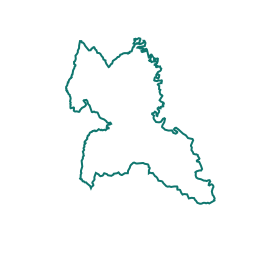 Ntsupe, Qacha's Nek, Lesotho (orthographic projection), rotated 251°
{"feature_id": "5366337B15703644997437", "entity_name": "Ntsupe", "entity_type": "district", "adm_level": 2, "iso_a3": "LSO", "parent_name": "Lesotho", "parent_adm1": "Qacha's Nek", "projection": "orthographic", "projection_center": [28.725, -29.92], "detail": "fine", "context": "isolated", "style": "outline", "palette": "teal", "viewbox_px": 256, "rotation_deg": 251, "n_neighbors": 0, "source": "geoboundaries", "source_scale": "gbopen_adm2", "svg_char_len": 5862}
<svg xmlns="http://www.w3.org/2000/svg" viewBox="0 0 256 256"><g transform="rotate(251 128 128)"><path d="M96.6,185.4L98.9,181.5L102.3,180.3L104.7,178.2L110.4,175.1L112.6,173.5L112.7,172.5L111.9,171.1L110.9,171.3L108.4,173.3L107.6,173.0L107.1,171.3L108.6,169.3L111.4,168.8L112.4,165.4L114.4,162.4L116.0,161.7L117.5,160.6L118.1,160.6L119.3,161.4L121.7,164.2L124.7,166.0L125.4,165.6L125.3,164.1L123.2,161.3L123.2,159.3L124.5,156.5L127.9,155.4L129.3,155.4L131.2,156.6L133.2,155.3L133.9,155.6L133.9,157.6L134.7,158.7L134.3,159.3L133.0,159.7L130.3,159.0L129.8,159.6L131.7,160.8L133.0,162.6L134.4,163.1L136.0,162.2L137.0,162.4L137.5,163.8L136.5,164.4L136.0,165.2L137.3,165.9L136.9,169.2L137.7,168.0L139.3,168.8L139.3,169.8L140.4,169.8L142.3,167.7L144.0,166.9L147.2,171.0L148.0,170.8L149.1,169.6L151.9,169.6L153.5,171.0L153.9,170.7L154.0,170.2L154.7,170.0L157.5,171.2L159.3,170.3L159.9,171.1L159.7,172.8L159.9,173.8L159.6,174.3L161.5,175.4L162.1,175.3L162.1,174.4L163.0,172.4L162.9,170.7L164.0,168.7L164.5,168.3L166.5,169.4L167.2,170.4L166.8,171.4L166.0,171.6L165.1,172.5L165.2,173.0L165.9,173.8L167.8,174.8L168.9,173.9L168.6,172.1L168.9,171.9L171.1,174.5L171.5,177.1L171.9,177.8L173.3,178.8L174.2,178.3L175.8,178.3L175.9,177.1L176.4,176.2L176.1,175.1L176.4,174.5L176.8,174.5L177.3,175.7L179.0,173.7L179.5,174.0L179.5,174.7L179.1,175.0L179.8,176.5L181.4,177.8L183.8,178.8L184.2,178.4L184.2,176.8L185.7,175.3L183.7,174.8L182.2,176.0L181.7,175.9L182.6,173.8L182.7,171.7L183.7,171.6L184.3,170.2L185.0,170.0L185.5,171.5L187.3,172.3L187.6,173.2L187.6,174.6L189.6,174.2L189.9,173.8L189.1,171.8L187.7,171.9L187.9,170.6L196.1,171.4L196.9,171.0L196.9,170.2L196.4,169.3L195.0,169.3L195.2,166.2L195.6,165.8L196.5,165.8L196.8,168.5L197.9,168.5L198.3,168.0L199.1,165.4L200.0,164.8L200.9,163.1L201.2,163.5L201.2,164.8L200.7,166.0L200.0,170.5L202.7,172.2L205.1,171.9L205.4,171.1L204.2,171.0L203.6,170.0L203.3,167.7L203.5,166.2L204.5,165.1L204.8,163.5L205.1,163.5L205.3,164.2L204.9,164.7L204.8,165.4L205.7,167.2L206.7,167.5L207.4,168.4L208.5,168.7L209.4,167.5L209.0,165.2L209.9,164.3L210.0,162.9L209.1,162.6L208.5,163.4L208.2,163.3L206.0,160.7L204.9,161.8L203.6,160.8L203.5,160.1L202.8,159.8L202.7,158.9L199.3,156.4L199.5,154.7L199.2,154.5L199.0,153.8L198.5,153.7L198.5,153.2L198.9,153.3L199.1,152.9L198.4,152.1L199.1,151.4L199.9,149.2L200.1,147.7L199.7,146.0L199.8,144.5L198.8,143.6L198.2,142.4L198.5,141.3L197.4,139.5L196.4,135.6L194.1,134.0L193.9,132.7L192.0,130.2L191.9,129.5L195.9,128.4L198.7,128.3L199.2,128.7L200.8,127.1L202.9,127.3L204.2,126.6L207.1,126.0L208.1,125.3L209.1,123.4L211.9,123.4L212.7,122.7L215.3,122.4L215.6,122.0L215.6,121.5L214.9,120.3L215.0,119.5L213.7,118.0L214.1,116.3L219.5,114.3L222.0,113.9L223.5,113.1L224.0,112.2L225.3,112.2L225.8,110.9L221.8,108.6L219.4,107.7L217.6,105.8L215.9,105.2L214.7,103.9L213.5,101.9L210.3,101.1L208.6,99.8L208.1,98.5L206.0,97.9L204.7,98.8L204.0,98.6L203.3,97.4L202.1,96.7L200.4,94.9L196.7,92.9L196.7,92.4L195.0,91.2L194.4,91.3L194.2,90.6L193.8,90.5L193.5,89.3L192.5,87.8L190.6,86.5L190.7,86.1L190.2,86.0L190.0,85.5L188.1,84.4L187.0,82.9L185.3,82.3L184.9,82.6L183.8,82.0L183.2,82.6L182.7,82.7L182.3,82.2L181.1,82.8L179.6,82.8L178.3,83.7L177.1,83.4L176.2,83.6L174.6,83.4L172.0,81.9L170.7,82.1L169.6,81.2L168.5,81.4L167.8,80.8L165.7,80.1L165.3,80.3L165.1,83.3L164.6,83.5L162.0,82.4L161.6,82.6L160.8,83.3L160.5,84.8L159.2,86.9L159.4,87.6L160.4,88.3L162.0,91.1L162.4,94.0L163.2,95.5L163.9,95.9L165.0,96.0L168.3,94.9L168.6,95.3L168.1,97.8L166.7,98.3L163.6,98.1L161.8,99.0L155.0,99.0L154.5,99.7L154.6,101.2L153.5,102.2L153.0,103.6L152.4,104.3L147.3,104.7L146.0,105.6L143.9,108.2L141.5,109.7L140.1,110.0L139.1,111.1L138.8,113.1L137.4,113.4L137.2,111.9L137.5,110.3L137.2,108.9L135.4,108.0L135.0,109.5L134.2,109.8L133.9,109.6L134.3,108.5L133.2,106.1L134.0,105.3L134.1,103.2L134.9,102.5L134.7,101.7L136.4,99.9L135.6,98.1L135.4,96.9L135.7,96.0L136.4,95.9L136.6,95.3L136.5,94.2L136.7,93.4L136.1,92.6L136.1,91.0L135.7,90.2L133.9,88.6L134.0,87.9L133.7,87.3L133.2,87.2L131.9,86.0L131.0,86.0L129.2,82.6L128.1,82.1L127.4,82.9L126.1,81.0L124.4,80.7L123.9,79.8L123.1,79.3L121.6,79.4L120.3,77.6L117.9,77.5L116.8,77.0L116.2,77.2L115.2,75.8L113.8,75.4L112.1,73.5L106.4,72.2L103.0,69.7L101.5,69.1L100.6,69.3L99.3,68.1L96.4,67.0L95.8,66.2L94.9,66.6L94.7,67.5L92.4,67.8L92.0,68.8L90.7,69.4L90.2,70.7L88.9,71.2L85.5,73.3L83.2,73.4L84.2,74.3L85.0,76.5L86.2,76.8L87.5,76.4L88.2,76.6L90.1,79.5L92.5,80.2L96.0,83.0L93.6,85.2L92.2,85.6L91.4,86.3L91.2,88.4L91.9,89.6L92.9,90.5L92.9,90.9L91.2,93.1L89.8,93.7L88.2,96.7L88.7,99.1L89.4,99.6L88.8,102.8L89.1,104.6L87.0,105.3L85.7,106.5L85.5,107.1L86.3,110.3L85.3,113.1L87.6,114.2L89.8,116.7L91.4,117.8L92.2,118.9L93.4,121.7L93.2,122.7L92.0,123.9L91.5,124.8L90.0,130.9L88.7,132.2L87.2,134.9L86.4,135.2L85.4,135.2L84.5,134.8L83.5,135.5L82.8,135.4L81.2,134.0L78.4,133.0L78.7,134.1L77.6,135.7L77.4,136.8L73.6,137.9L72.8,138.7L71.1,139.4L68.3,139.6L66.8,142.4L66.1,143.1L64.5,143.4L60.5,145.3L59.5,146.6L59.4,147.9L58.2,149.6L57.7,152.6L56.7,155.4L55.9,155.5L54.3,154.7L53.6,154.7L53.0,156.4L52.4,157.1L49.3,157.3L47.3,157.9L47.3,159.5L46.0,162.3L41.6,162.6L41.3,165.3L40.2,167.7L38.3,167.9L37.1,168.6L34.7,169.2L32.9,171.5L32.5,173.1L32.7,174.3L32.6,175.3L32.1,176.5L31.4,177.3L31.3,179.2L30.2,180.3L31.3,186.1L32.1,186.0L32.9,186.9L33.6,187.0L36.1,186.7L37.2,186.2L40.7,186.6L43.3,188.4L44.4,189.6L45.4,189.8L46.8,189.4L47.5,188.8L47.7,188.3L47.2,186.2L47.8,185.7L49.5,186.7L50.6,188.3L52.1,188.1L52.4,186.9L52.2,185.2L53.0,184.0L53.6,182.5L55.8,180.3L57.3,177.8L58.9,176.5L61.0,176.5L63.5,177.5L64.2,177.3L64.7,178.7L64.6,181.7L64.0,183.3L65.1,184.7L68.7,184.7L72.7,184.3L73.8,182.4L74.2,182.3L74.8,182.5L75.4,185.2L75.9,185.6L78.9,184.9L79.6,185.2L80.9,184.0L81.1,183.1L82.3,181.5L84.0,181.5L86.5,180.8L88.8,182.0L90.5,181.7L91.1,181.9L95.2,185.6L96.6,185.4Z" fill="none" stroke="#0f766e" stroke-width="2"/></g></svg>